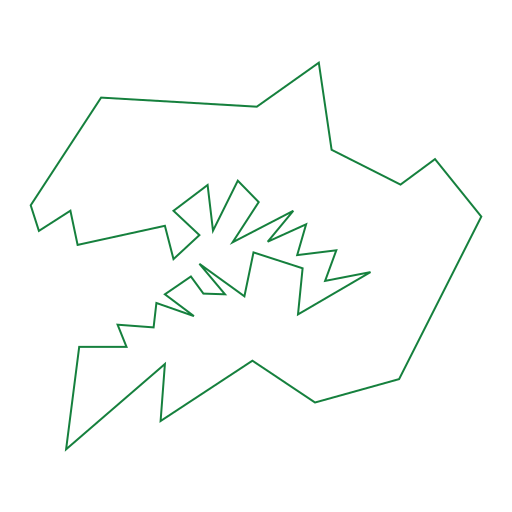 outline of Quinara
{"feature_id": "GNB-773", "entity_name": "Quinara", "entity_type": "Region", "adm_level": 1, "iso_a3": "GNB", "parent_name": "Guinea-Bissau", "parent_adm1": "", "projection": "albers", "projection_center": [-15.226, 11.637], "detail": "coarse", "context": "isolated", "style": "outline", "palette": "green", "viewbox_px": 512, "rotation_deg": 0, "n_neighbors": 0, "source": "natural_earth", "source_scale": "10m", "svg_char_len": 707}
<svg xmlns="http://www.w3.org/2000/svg" viewBox="0 0 512 512"><path d="M164.9,225.8L77.6,244.9L70.4,210.7L38.9,230.9L30.7,205.3L101.1,97.6L256.8,106.7L318.8,62.7L331.6,149.8L400.5,184.6L435.0,159.1L481.3,216.6L399.1,379.1L315.0,402.5L252.4,360.7L160.6,421.0L164.9,364.0L66.1,449.3L79.2,346.9L126.5,346.9L117.6,324.7L153.6,327.4L156.4,303.0L193.9,316.1L164.9,294.3L190.9,276.5L203.4,293.6L225.0,294.3L199.4,263.8L244.4,296.3L253.5,252.4L302.6,268.3L298.0,314.4L370.5,272.1L325.1,280.9L336.3,250.3L297.2,255.1L306.1,224.3L267.7,241.7L293.3,210.8L232.6,242.3L258.7,202.1L237.8,180.7L213.0,230.7L207.6,185.0L173.5,210.8L199.4,235.1L173.5,259.1L164.9,225.8Z" fill="none" stroke="#15803d" stroke-width="2"/></svg>